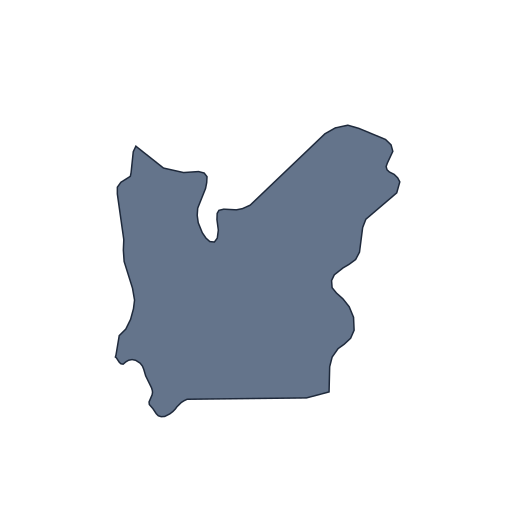 the border of Aïn Témouchent, rotated 331°
{"feature_id": "DZA-2144", "entity_name": "Aïn Témouchent", "entity_type": "Province", "adm_level": 1, "iso_a3": "DZA", "parent_name": "Algeria", "parent_adm1": "", "projection": "albers", "projection_center": [-1.072, 35.355], "detail": "fine", "context": "isolated", "style": "filled", "palette": "slate", "viewbox_px": 512, "rotation_deg": 331, "n_neighbors": 0, "source": "natural_earth", "source_scale": "10m", "svg_char_len": 1459}
<svg xmlns="http://www.w3.org/2000/svg" viewBox="0 0 512 512"><g transform="rotate(331 256 256)"><path d="M84.0,276.2L85.4,274.9L97.8,259.3L106.7,256.8L115.6,250.6L123.2,242.8L128.4,235.7L132.4,224.2L138.0,196.9L142.8,186.6L148.3,177.6L164.8,134.5L168.1,128.6L173.6,126.0L184.7,125.4L187.1,122.6L199.2,105.3L204.2,101.7L204.6,102.8L217.7,134.2L233.1,147.9L246.7,154.3L250.9,158.3L251.6,162.9L248.4,168.0L244.6,172.5L228.2,185.9L224.3,191.9L221.6,198.9L220.3,209.6L220.9,216.1L222.6,221.0L226.4,223.6L230.8,221.6L235.6,215.1L239.5,205.2L242.7,199.9L245.7,198.1L250.5,199.4L261.2,206.1L267.1,208.0L275.6,208.7L375.6,182.5L387.5,182.4L399.7,186.1L407.8,194.2L425.8,216.9L428.0,224.3L426.4,230.8L416.2,238.2L413.2,240.8L412.4,244.1L413.4,247.2L416.4,251.6L417.8,256.3L417.7,260.9L409.7,269.0L369.9,277.1L363.1,282.8L348.4,302.8L341.4,307.4L333.5,308.4L326.4,308.6L315.4,310.4L310.2,314.1L307.2,320.6L308.4,327.4L311.3,335.8L312.9,345.6L311.6,356.9L305.8,368.5L298.9,373.8L290.5,375.9L282.9,376.8L273.6,381.3L266.8,388.5L254.0,410.3L231.4,404.6L126.3,347.9L122.9,347.7L119.6,347.9L113.8,349.5L111.3,350.7L108.0,351.7L104.1,352.3L98.4,352.1L95.2,350.6L93.1,348.4L92.3,345.6L91.8,339.4L90.7,334.2L91.7,331.8L97.9,327.0L99.4,325.1L100.1,323.4L100.7,320.8L101.4,307.3L102.9,300.6L103.3,297.1L102.7,293.5L100.2,288.9L97.4,286.5L94.0,285.4L90.7,285.5L87.4,286.2L85.6,284.8L84.9,282.7L84.5,277.3L84.0,276.2Z" fill="#64748b" stroke="#1e293b" stroke-width="1.5"/></g></svg>